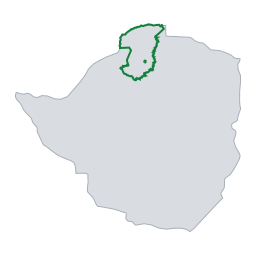 Hurungwe, Mashonaland West, Zimbabwe (highlighted)
{"feature_id": "62879985B85730198836463", "entity_name": "Hurungwe", "entity_type": "district", "adm_level": 2, "iso_a3": "ZWE", "parent_name": "Zimbabwe", "parent_adm1": "Mashonaland West", "projection": "orthographic", "projection_center": [29.665, -16.521], "detail": "fine", "context": "in_parent", "style": "outline", "palette": "green", "viewbox_px": 256, "rotation_deg": 0, "n_neighbors": 0, "source": "geoboundaries", "source_scale": "gbopen_adm2", "svg_char_len": 7016}
<svg xmlns="http://www.w3.org/2000/svg" viewBox="0 0 256 256"><path d="M189.9,231.6L187.4,229.8L183.9,228.7L179.5,228.1L173.7,228.3L166.6,229.2L159.0,228.1L150.9,224.8L144.1,223.7L136.0,225.1L135.7,225.1L134.3,224.0L132.1,221.6L128.4,221.2L127.4,220.7L126.6,219.8L126.0,218.7L125.8,217.4L126.4,213.5L126.1,213.1L125.1,212.6L123.0,212.1L118.2,210.4L112.0,208.7L102.1,206.9L98.2,206.4L97.3,205.9L96.2,204.4L94.2,199.9L92.4,197.0L88.1,192.5L87.4,191.0L87.5,187.4L87.8,184.5L88.2,182.0L88.0,179.6L87.9,176.7L88.0,174.8L87.4,174.0L85.9,173.4L81.4,173.2L76.0,173.4L75.8,170.4L75.2,165.8L74.2,163.2L72.9,161.9L70.4,160.5L65.4,158.6L58.5,155.7L52.6,151.4L45.8,146.1L43.7,145.2L41.1,140.1L37.1,131.4L37.3,128.4L36.7,127.0L33.0,122.8L32.1,120.6L31.4,118.3L25.4,112.1L23.3,109.4L21.7,105.9L20.2,103.1L18.9,101.9L17.1,100.0L15.9,97.9L15.4,96.2L15.7,94.0L16.3,92.5L21.9,94.0L25.0,94.0L27.3,93.2L30.3,94.2L33.9,97.0L37.7,97.5L41.9,95.6L47.5,96.0L54.6,98.8L60.5,99.3L67.4,96.6L73.6,89.5L79.4,82.9L85.1,75.2L88.5,69.0L93.6,63.9L100.3,60.0L107.2,56.7L117.7,52.7L119.8,49.4L120.5,45.8L120.5,40.8L121.0,37.5L122.1,36.1L123.9,34.9L126.1,33.4L133.1,29.6L138.9,27.1L146.1,25.5L153.9,25.5L161.4,25.5L165.7,25.5L165.7,30.3L166.0,35.8L166.8,36.3L172.5,36.4L181.5,36.9L190.2,37.3L195.8,41.3L197.6,42.1L203.4,43.2L210.7,49.8L219.6,50.6L225.7,52.7L231.0,55.0L234.1,57.7L236.0,58.4L238.7,58.6L240.1,58.9L239.7,60.8L237.9,64.1L238.0,68.8L240.4,75.4L240.6,81.0L239.7,91.0L239.6,100.7L239.8,104.2L240.1,106.5L240.6,107.7L240.5,109.2L239.0,113.2L237.7,117.5L237.6,119.2L237.2,120.4L236.3,121.4L232.4,123.3L231.7,124.5L231.7,126.8L232.2,128.6L233.6,129.3L235.3,130.4L235.9,131.8L235.9,133.3L235.3,136.0L233.7,140.4L235.1,145.6L236.8,149.0L239.1,152.9L240.0,155.3L239.9,157.0L239.5,158.7L235.9,165.7L233.3,170.1L230.1,174.7L225.9,177.6L224.9,179.0L224.4,180.6L224.5,184.2L224.2,187.9L220.7,193.5L222.7,198.4L222.2,198.8L221.1,199.5L216.0,204.9L210.8,210.4L207.1,214.4L202.8,219.0L198.0,224.1L194.0,228.5L189.9,231.6Z" fill="#d9dde1" stroke="#a8b0b8" stroke-width="1"/><path d="M134.5,80.0L135.0,80.1L135.0,79.8L135.4,79.9L135.7,79.8L136.0,80.0L136.1,79.8L136.0,79.5L136.2,79.3L136.4,79.2L136.3,78.9L136.7,79.0L137.0,78.9L137.0,78.6L137.1,78.2L137.7,78.7L137.9,78.8L138.2,78.7L138.3,78.9L138.6,79.0L138.6,78.9L138.9,79.0L138.8,78.8L138.8,78.7L139.0,78.7L139.4,78.8L139.3,78.5L139.5,78.7L139.5,78.4L139.7,78.2L139.8,78.3L139.8,78.2L140.0,78.2L140.1,77.9L140.4,77.7L140.7,78.0L140.9,77.8L140.9,77.7L141.3,77.7L141.3,77.4L141.6,77.2L141.9,76.7L142.2,77.0L142.3,76.8L142.5,76.7L142.7,76.4L143.0,76.3L143.2,75.9L144.1,75.9L144.7,75.6L144.9,75.8L145.0,75.5L145.3,75.5L145.2,75.4L145.5,75.4L145.4,75.3L145.3,75.2L145.2,75.0L144.9,75.0L144.8,74.5L144.9,74.3L144.7,74.2L144.8,74.1L144.7,74.1L144.5,73.7L144.4,73.8L144.4,73.6L144.1,73.5L144.1,73.4L144.3,73.4L144.5,73.1L145.0,73.0L145.2,72.9L145.2,73.0L145.4,72.9L145.6,72.9L145.8,72.9L146.1,72.4L146.3,72.4L146.6,72.3L146.9,72.4L147.1,72.2L148.1,72.3L149.7,70.8L149.2,70.0L150.5,69.0L150.6,69.4L151.0,70.1L151.4,70.3L151.6,70.1L151.9,70.2L152.0,70.1L152.3,70.2L152.4,69.9L152.3,69.7L152.6,69.8L152.6,69.1L152.8,69.1L152.6,68.7L152.8,68.4L152.7,68.0L152.8,67.9L153.0,67.6L153.1,67.3L153.0,67.1L153.2,66.9L153.2,66.6L153.3,66.5L153.2,66.4L153.4,66.3L153.3,66.2L153.5,66.1L153.4,65.9L153.5,65.9L153.5,65.7L153.7,65.4L153.2,65.1L153.5,64.9L153.3,64.7L153.3,64.3L153.5,64.2L153.4,64.0L153.5,63.9L153.5,63.6L153.7,63.4L153.5,63.2L153.4,63.0L153.8,63.0L153.8,62.8L154.0,62.8L154.0,62.5L154.3,62.5L154.2,62.3L154.6,62.2L154.5,61.9L155.0,61.7L154.7,61.5L154.7,61.3L154.9,61.2L154.8,60.9L154.9,60.6L154.8,60.1L154.8,59.9L154.8,59.7L154.6,59.7L154.5,59.3L154.3,59.1L154.4,58.9L154.3,58.7L154.1,58.0L154.2,57.7L153.8,57.9L153.8,57.6L153.5,57.3L153.5,57.1L153.2,56.7L153.3,56.7L153.3,56.4L153.0,56.2L153.3,55.7L153.2,55.5L153.3,55.5L153.4,55.3L153.1,54.9L153.4,54.7L153.2,54.5L153.5,54.2L153.4,53.9L153.4,53.5L153.5,53.4L153.8,53.2L153.5,53.0L153.7,52.5L153.2,52.3L153.4,52.2L153.4,51.9L153.6,51.8L153.8,51.8L153.7,51.4L153.9,51.5L154.1,51.5L154.1,51.4L153.9,51.3L154.1,51.1L154.1,50.3L154.4,50.0L154.6,50.1L154.5,49.8L154.6,49.7L154.4,49.6L154.3,49.4L154.5,49.1L154.8,49.2L154.9,48.7L154.8,48.4L155.3,48.5L155.5,48.1L155.4,47.5L155.7,47.2L155.7,46.9L155.9,46.9L155.8,46.6L156.1,46.2L156.5,46.1L156.7,45.8L156.6,45.6L156.7,45.4L156.6,45.2L156.8,45.0L156.8,44.8L156.6,44.3L156.7,44.0L156.6,43.4L156.8,43.3L157.3,42.9L157.5,42.6L157.6,42.3L157.9,42.1L158.1,41.8L158.1,41.3L157.9,41.5L157.7,41.4L157.6,41.5L157.8,41.6L157.6,41.7L157.3,41.5L157.3,41.4L157.5,41.4L157.3,41.2L157.2,40.9L156.9,40.4L157.0,40.3L156.9,40.2L157.0,40.2L156.6,40.0L156.5,39.6L156.3,39.5L156.4,39.3L156.3,39.2L156.6,38.7L156.9,38.6L156.8,38.4L156.9,37.9L157.2,37.7L156.7,37.7L156.8,37.6L156.7,37.4L156.6,37.6L156.5,37.4L156.4,37.5L156.2,37.4L156.2,37.2L155.9,37.1L155.9,36.9L155.7,36.9L155.9,36.6L155.8,36.4L155.7,36.4L155.6,36.5L155.4,36.4L155.5,36.2L158.4,33.9L163.8,28.8L163.2,27.8L162.4,27.3L162.4,25.6L162.0,25.3L161.8,25.0L161.6,25.0L161.1,25.6L160.3,26.3L160.2,26.2L159.6,25.7L159.2,24.9L158.9,24.7L158.0,24.8L157.3,25.0L156.2,24.9L155.5,25.2L153.1,25.5L152.7,25.3L152.3,25.0L151.5,24.8L150.9,24.8L150.5,24.6L149.1,24.4L148.3,24.5L148.1,24.4L147.8,24.4L147.4,24.7L146.9,24.9L146.3,25.0L145.4,25.4L144.3,25.5L143.3,26.0L143.0,26.1L142.3,26.0L141.7,25.5L141.0,25.5L140.6,25.8L140.1,26.4L139.5,26.7L139.3,26.8L138.6,26.8L138.3,26.9L137.5,26.8L137.1,26.9L136.4,27.6L135.3,27.5L134.8,27.7L134.4,28.0L133.7,28.2L133.3,28.6L132.5,28.9L131.9,29.2L131.3,29.1L130.9,29.3L130.4,30.0L129.3,30.7L127.3,32.2L126.6,32.7L125.9,33.5L125.7,34.1L125.5,34.4L125.1,34.6L124.1,34.5L123.6,34.6L122.6,34.5L122.1,34.7L121.8,35.4L121.4,36.0L121.0,36.9L120.9,37.1L120.2,37.6L120.2,38.0L120.4,38.8L120.7,39.6L120.7,40.0L120.4,40.7L120.0,41.1L119.9,41.4L120.0,42.2L119.9,42.9L120.1,43.5L120.5,43.6L120.5,43.8L120.4,44.1L119.9,44.8L119.5,45.8L119.7,46.2L120.0,46.4L120.1,46.6L120.0,47.1L120.3,47.7L120.2,48.0L129.2,47.6L131.0,50.4L127.0,59.8L127.1,61.4L128.4,65.3L128.2,65.5L128.1,65.4L128.0,65.5L127.9,65.3L127.7,65.5L127.6,65.4L127.4,65.4L127.1,65.3L127.0,65.2L126.8,65.4L126.7,65.1L126.5,65.3L126.4,65.4L125.1,66.1L124.7,65.9L124.4,66.1L124.2,66.0L123.9,66.0L123.8,66.3L123.6,66.4L123.6,66.5L123.3,66.3L123.3,66.6L123.1,66.7L122.9,66.6L122.9,66.9L122.7,67.0L122.4,67.5L122.0,67.7L121.7,67.5L121.1,67.6L121.0,67.8L120.9,67.7L120.8,67.8L120.5,68.1L121.0,68.4L121.1,68.8L121.5,68.7L121.6,68.8L121.9,68.9L122.1,69.4L122.2,69.5L122.8,71.0L123.0,71.8L123.3,72.0L123.5,72.4L123.7,73.1L124.1,73.7L124.4,73.8L125.3,73.8L125.6,74.1L126.1,74.2L126.5,74.5L126.9,75.2L127.9,75.2L128.2,75.6L128.5,75.6L129.5,76.1L130.7,76.3L131.0,76.2L131.4,76.0L131.7,76.1L132.1,76.6L132.7,77.0L132.9,77.7L132.8,78.2L133.0,78.5L133.4,78.8L134.1,79.5L134.4,79.6L134.5,80.0ZM144.9,60.8L145.1,60.7L145.4,60.8L145.3,61.0L145.6,61.4L145.6,62.0L145.3,62.3L145.1,61.9L144.8,61.9L144.5,61.8L144.3,61.7L144.4,61.4L144.5,61.3L144.4,61.1L144.8,60.7L144.9,60.8Z" fill="none" stroke="#15803d" stroke-width="2"/></svg>